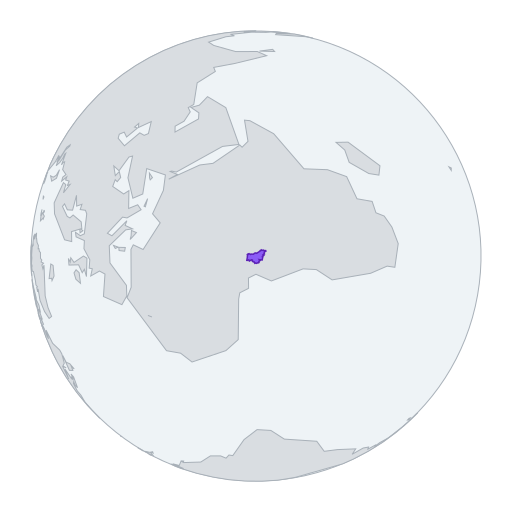 Est highlighted on a globe, orthographic projection, rotated 280°
{"feature_id": "CMR-1481", "entity_name": "Est", "entity_type": "Province", "adm_level": 1, "iso_a3": "CMR", "parent_name": "Cameroon", "parent_adm1": "", "projection": "orthographic", "projection_center": [14.383, 3.885], "detail": "fine", "context": "on_globe", "style": "filled", "palette": "violet", "viewbox_px": 512, "rotation_deg": 280, "n_neighbors": 0, "source": "natural_earth", "source_scale": "10m", "svg_char_len": 9656}
<svg xmlns="http://www.w3.org/2000/svg" viewBox="0 0 512 512"><g transform="rotate(280 256 256)"><circle cx="256" cy="256" r="225" fill="#eef3f6" stroke="#a8b0b8"/><path d="M177.6,44.8L179.7,44.0L174.4,46.1L168.8,48.3L168.0,48.6L177.6,44.8ZM117.4,78.4L115.3,80.1L119.2,77.1L126.1,72.0L131.8,68.4L139.5,63.3L142.9,61.4L151.4,56.7L151.8,57.0L147.6,60.1L140.5,64.3L138.5,66.1L146.6,62.1L134.7,70.9L129.3,79.0L126.0,81.7L117.2,85.8L113.7,84.8L102.3,92.9L111.4,87.6L103.1,95.7L102.5,97.3L103.9,97.2L107.7,94.3L105.2,97.4L95.3,103.1L97.4,100.3L100.5,98.3L98.8,98.3L92.1,103.4L88.5,107.8L82.2,113.1L79.5,116.5L76.6,120.0L81.3,113.9L72.7,125.3L69.0,130.4L79.5,116.0L91.1,102.5L103.8,89.9L117.4,78.4ZM33.7,219.2L34.9,213.0L36.5,208.6L34.1,221.6L36.9,210.1L36.4,216.8L41.0,217.8L40.0,220.6L43.5,237.4L51.2,245.8L53.0,255.8L51.7,261.6L55.3,263.9L55.4,267.8L73.1,276.1L85.2,287.2L86.8,300.9L80.6,315.7L84.1,348.0L75.5,357.1L79.5,369.9L83.4,387.7L77.4,385.1L85.5,394.9L87.4,400.0L85.2,399.7L90.3,406.1L89.0,405.7L93.8,410.4L99.9,418.0L107.8,425.1L114.3,431.1L119.6,435.2L119.0,434.8L120.2,435.7L107.0,425.0L94.7,413.3L83.4,400.7L73.0,387.3L66.3,377.4L44.9,333.3L41.6,324.1L39.0,316.5L35.2,300.6L32.5,284.5L31.0,268.2L30.8,251.8L31.7,235.5L33.7,219.2ZM46.7,172.7L44.8,178.4L44.3,179.0L46.7,172.7ZM150.7,56.9L151.0,56.8L149.2,57.7L150.7,56.9ZM154.3,55.0L154.0,55.1L151.8,56.3L154.3,55.0ZM162.4,51.1L156.6,53.9L155.9,54.2L162.4,51.1ZM189.5,41.2L193.0,39.9L189.5,41.2ZM204.3,36.7L201.6,37.4L200.7,37.8L197.6,38.7L199.2,38.0L204.3,36.7ZM223.2,33.2L215.0,34.6L211.6,35.2L220.1,33.6L223.2,33.2ZM123.0,437.8L120.3,435.8L128.0,441.1L129.8,442.6L127.0,440.7L123.0,437.8ZM121.2,435.1L120.8,433.7L122.7,434.9L123.4,436.2L121.2,435.1ZM477.9,217.1L474.5,205.0L477.5,221.3L480.2,234.7L481.2,251.0L480.7,246.0L479.2,231.8L478.0,227.1L475.7,212.9L469.8,192.4L469.1,196.5L466.7,188.3L458.4,172.2L456.0,177.9L453.8,200.4L457.6,221.8L455.1,231.7L441.9,201.6L434.4,181.6L430.7,183.9L416.3,168.0L394.4,168.4L390.4,163.5L386.5,166.2L376.2,161.7L369.8,153.8L364.0,154.7L381.0,175.6L387.1,174.9L391.0,166.2L394.7,174.0L404.5,180.6L396.9,200.5L362.9,219.8L358.1,204.0L324.8,162.9L325.0,158.3L324.8,157.8L324.3,156.8L322.7,164.4L316.5,156.7L335.9,184.9L339.8,197.6L362.5,220.8L360.7,223.4L367.5,228.2L387.8,221.1L388.2,226.5L379.5,252.2L350.2,288.1L353.4,311.4L349.9,331.5L329.9,345.5L329.9,360.9L319.4,366.6L317.6,375.3L308.1,384.8L292.9,393.9L269.0,394.7L268.8,386.9L258.9,371.9L245.7,335.1L253.1,317.8L251.5,304.6L234.1,275.5L238.0,259.1L233.0,252.4L222.9,254.3L216.9,246.4L210.6,246.4L170.6,253.0L157.6,242.8L140.5,211.4L147.2,198.6L147.2,184.3L192.5,136.3L203.5,138.5L240.8,131.7L245.7,133.2L242.8,143.7L272.0,155.9L279.6,146.8L304.5,153.4L320.1,152.7L323.1,133.2L297.4,133.7L291.5,124.7L310.8,116.3L333.0,117.1L331.4,113.7L316.2,106.3L320.0,100.3L310.7,103.5L315.4,106.7L309.8,109.1L305.1,106.4L306.7,104.1L299.6,102.8L294.1,114.9L298.3,119.5L280.7,122.3L285.9,130.6L281.6,134.8L271.1,122.4L271.1,117.8L252.6,105.7L250.9,110.6L268.3,122.7L263.4,121.8L261.3,129.7L259.1,123.1L240.6,109.7L223.8,113.4L204.6,133.5L194.3,135.7L184.8,132.4L189.6,112.8L212.0,110.4L214.0,104.5L207.6,96.7L215.0,97.0L215.1,93.8L223.4,93.0L233.3,85.3L241.4,84.3L243.6,75.5L248.0,74.1L245.5,79.5L248.0,83.1L268.1,82.0L271.4,80.1L271.2,74.8L276.7,75.6L274.0,70.7L284.6,68.7L269.3,67.4L268.7,62.2L274.1,58.4L271.2,56.8L262.2,63.2L261.2,66.1L264.6,68.8L259.3,77.9L252.8,79.7L248.0,70.1L238.2,72.0L238.7,64.7L262.5,50.3L273.3,48.0L294.8,53.6L293.3,56.3L284.8,55.4L294.2,60.5L292.7,58.0L297.3,59.0L297.8,55.3L301.1,55.9L296.0,51.6L300.1,52.0L303.2,54.7L307.5,50.6L315.5,51.2L314.9,50.0L312.0,48.6L324.1,50.8L323.1,49.9L318.8,48.8L314.0,46.5L310.2,43.5L314.6,44.4L316.6,45.6L327.3,49.9L331.8,53.5L333.2,53.7L330.3,50.8L317.3,45.4L313.7,43.5L320.2,45.6L317.6,44.7L317.2,44.0L321.0,44.4L314.0,42.1L304.0,36.4L310.3,37.4L317.2,39.4L316.1,38.9L331.2,43.7L346.0,49.5L360.3,56.3L374.1,64.2L387.3,72.9L399.9,82.6L411.7,93.2L422.8,104.6L433.0,116.7L442.4,129.5L450.8,142.9L458.3,156.9L464.8,171.4L470.2,186.3L474.6,201.6L477.9,217.1ZM178.7,159.9L177.9,164.1L178.7,159.9ZM357.9,128.8L370.2,129.5L362.1,117.9L366.2,117.5L361.9,114.0L361.5,117.1L350.7,107.9L355.1,104.7L352.2,100.2L348.0,99.8L341.7,107.3L357.1,120.2L355.4,124.9L357.9,128.8ZM41.2,217.6L41.5,220.4L40.5,220.2L41.2,217.6ZM42.3,184.7L41.6,186.8L41.5,187.1L42.3,184.7ZM44.7,186.7L45.3,188.2L44.0,188.9L44.7,186.7ZM44.4,180.0L44.2,186.1L41.8,189.1L42.2,185.6L42.9,184.9L44.4,180.0ZM55.3,153.7L54.6,155.1L55.0,154.2L55.3,153.7ZM103.7,95.3L104.4,95.0L105.1,95.6L103.3,96.7L103.7,95.3ZM117.5,91.4L113.2,96.6L115.0,93.4L111.5,95.5L111.0,92.1L124.4,83.0L118.4,87.5L117.5,91.4ZM113.9,85.9L112.8,88.5L113.5,86.0L113.9,85.9ZM207.8,79.7L211.2,81.2L208.9,84.7L198.6,87.9L201.8,82.7L207.8,79.7ZM216.5,82.8L214.6,73.4L221.0,71.7L217.7,74.1L222.1,73.9L218.1,77.9L226.0,86.1L224.5,89.9L206.3,92.6L213.1,89.3L209.4,87.8L216.5,82.8ZM198.6,58.6L197.8,56.2L212.5,55.3L211.5,57.8L201.2,60.6L196.3,59.4L198.6,58.6ZM169.6,48.5L168.4,48.8L170.1,48.1L172.7,47.2L169.6,48.5ZM193.0,39.7L193.7,39.5L194.2,39.4L189.4,40.8L193.4,39.7L186.9,41.7L189.2,41.2L176.9,46.7L174.8,47.2L170.0,50.7L162.8,53.6L166.1,51.1L156.9,56.3L157.1,55.2L151.4,58.9L159.7,52.9L159.4,52.7L162.5,51.7L169.1,49.0L171.9,47.7L179.7,44.3L181.8,43.3L193.0,39.7ZM239.5,34.6L233.9,34.7L240.7,35.9L234.3,36.7L235.5,36.8L231.4,38.0L228.5,39.9L225.3,40.2L225.6,40.9L222.9,41.9L222.1,43.1L216.2,44.2L214.8,45.8L212.8,45.4L212.0,48.0L210.0,46.7L206.3,48.4L210.2,48.8L180.1,55.3L169.1,60.1L161.0,65.2L158.6,63.1L164.6,57.4L174.8,51.0L185.8,47.1L182.7,47.2L187.0,45.5L187.7,46.1L189.3,44.3L193.0,43.2L202.1,39.5L202.2,38.3L205.5,37.2L207.4,37.2L209.4,36.2L215.2,35.6L217.7,34.9L225.9,34.0L228.0,34.8L230.7,34.0L237.0,33.7L239.5,34.6ZM225.5,32.9L229.5,32.9L227.9,33.6L214.3,35.1L211.2,35.7L202.4,37.4L204.8,36.6L207.1,36.1L209.9,35.5L208.0,36.0L211.6,35.2L214.9,34.6L218.6,34.0L218.9,34.1L225.5,32.9ZM250.4,129.2L254.0,129.5L259.5,128.9L258.3,134.2L250.4,129.2ZM237.6,120.2L240.7,119.4L241.7,125.8L237.9,125.8L237.6,120.2ZM241.7,113.8L240.8,118.8L239.0,116.1L241.7,113.8ZM248.3,78.7L251.6,77.9L252.2,79.1L250.8,81.1L248.3,78.7ZM258.5,40.6L255.5,40.0L256.2,39.6L253.2,37.6L257.8,37.3L261.4,38.3L258.5,40.6ZM319.2,136.6L315.2,140.4L312.6,138.6L314.5,137.6L319.2,136.6ZM285.6,137.1L293.7,139.3L285.2,138.5L285.6,137.1ZM262.9,39.9L261.1,39.0L264.5,39.4L262.9,39.9ZM260.9,36.9L264.8,37.2L258.0,37.0L260.9,36.9ZM377.3,430.5L376.6,433.0L374.2,433.4L377.3,430.5ZM384.1,326.9L366.4,362.4L357.0,363.0L356.8,352.8L364.4,331.5L375.8,325.0L381.8,315.1L384.1,326.9ZM480.5,274.3L480.7,267.8L477.4,236.9L478.7,237.3L481.3,255.7L481.2,259.0L481.2,261.7L480.5,274.3ZM458.4,223.8L462.4,236.5L460.6,238.8L458.4,223.8ZM299.3,39.8L298.4,42.6L300.8,45.3L306.9,47.5L297.9,46.0L294.2,41.8L299.3,39.8ZM303.0,36.5L297.6,35.2L300.1,35.5L301.7,35.9L303.0,36.5ZM299.6,35.9L292.8,35.0L289.9,34.2L295.9,35.0L299.6,35.9ZM278.0,36.2L277.4,36.9L274.7,36.4L278.0,36.2Z" fill="#d9dde1" stroke="#a8b0b8" stroke-width="1"/><path d="M263.1,262.4L263.1,262.5L262.9,262.6L262.7,262.7L262.7,262.8L262.7,263.0L262.6,263.3L262.6,263.5L262.8,263.7L262.9,264.0L263.0,264.4L263.0,264.5L262.9,264.5L262.6,264.8L262.5,264.6L262.4,264.5L262.5,264.4L262.4,264.3L262.2,264.3L262.1,264.2L261.9,264.2L261.7,264.0L261.4,263.8L261.4,263.7L261.2,263.7L260.8,263.6L260.5,263.5L260.3,263.5L260.2,263.5L259.9,263.7L259.6,263.7L259.4,263.4L259.1,263.3L259.0,263.2L259.0,263.4L258.9,263.3L258.8,263.5L258.7,263.5L258.7,263.4L258.4,263.3L258.2,263.4L258.1,263.2L257.9,263.0L257.7,263.1L257.4,263.0L257.3,262.9L257.3,263.0L257.2,262.9L256.9,262.8L256.8,262.6L256.7,262.6L256.6,262.8L256.3,262.8L256.2,262.9L255.8,262.7L255.6,262.8L253.2,262.8L253.0,260.1L253.0,259.8L252.9,259.9L252.7,260.0L252.6,260.3L252.3,260.3L252.2,260.3L252.1,260.2L251.9,260.2L251.7,260.1L251.7,260.3L251.6,260.2L251.4,260.0L251.2,260.0L250.9,260.0L250.6,260.0L250.5,259.9L250.4,260.0L250.3,259.9L250.1,259.9L249.9,259.9L249.7,259.6L249.6,259.1L249.6,258.9L249.5,258.7L249.4,258.5L249.3,258.4L249.0,258.1L248.9,257.9L248.8,257.7L248.9,257.3L249.0,257.0L249.0,256.9L249.0,256.6L249.0,256.4L248.8,256.3L248.7,256.3L248.6,256.2L248.8,256.0L248.8,255.9L249.1,255.7L249.3,255.7L249.5,255.5L249.6,255.4L249.8,255.3L249.8,255.2L249.7,255.1L249.8,254.5L249.8,254.4L249.8,254.2L250.0,254.0L250.0,253.7L250.2,253.4L250.4,253.3L250.5,253.3L250.8,253.3L251.0,253.3L251.3,253.3L251.4,253.2L251.5,252.3L251.5,252.2L251.3,251.9L251.2,251.8L250.8,251.7L250.8,251.4L250.7,251.2L250.2,250.7L249.9,250.5L249.9,250.4L250.1,250.4L250.3,250.4L250.5,250.4L250.7,250.0L250.8,249.6L250.9,249.4L250.8,249.2L250.7,249.1L250.6,248.9L250.5,248.7L250.4,248.7L250.3,248.4L250.2,248.3L250.1,248.1L250.1,247.9L250.1,247.7L252.0,247.7L253.6,247.7L253.9,247.6L254.3,247.5L254.5,247.5L255.3,247.5L255.6,247.4L255.8,247.4L256.0,247.2L256.1,247.3L256.2,247.5L256.3,247.8L256.3,248.0L256.5,248.0L256.8,248.0L256.9,248.6L257.0,248.7L256.9,248.8L256.9,249.0L256.8,249.3L256.9,249.5L256.8,249.8L256.8,250.0L256.7,250.2L256.7,250.3L256.6,250.5L256.9,250.7L257.0,250.8L257.1,251.0L257.1,251.3L257.1,251.6L257.1,251.8L257.2,252.0L257.2,252.3L257.2,252.5L257.3,252.9L257.3,253.1L257.4,253.3L257.6,253.4L258.2,253.8L258.3,253.9L258.4,254.0L258.5,254.1L258.6,254.3L258.7,254.5L258.8,255.0L259.0,255.2L259.0,255.3L258.9,255.5L258.7,255.5L258.6,255.4L258.8,256.0L259.1,256.5L261.5,259.1L261.8,259.1L262.0,259.1L262.2,259.3L262.2,259.5L262.3,259.5L262.5,259.6L262.7,260.0L262.6,260.3L262.6,260.6L262.8,260.6L262.7,260.8L262.8,261.0L262.7,261.3L262.8,261.5L262.8,261.8L262.9,262.0L263.0,262.1L263.0,262.3L263.1,262.4Z" fill="#8b5cf6" stroke="#5b21b6" stroke-width="1.5"/></g></svg>